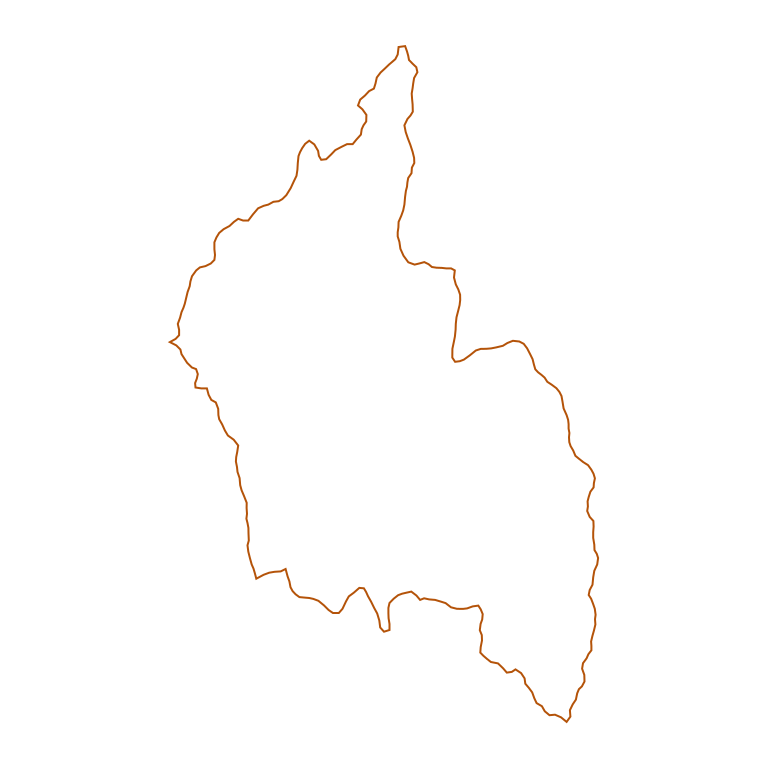 Santo Antônio do Retiro, Minas Gerais, Brazil
{"feature_id": "56859067B81000561120101", "entity_name": "Santo Antônio do Retiro", "entity_type": "district", "adm_level": 2, "iso_a3": "BRA", "parent_name": "Brazil", "parent_adm1": "Minas Gerais", "projection": "mercator", "projection_center": [-42.654, -15.266], "detail": "fine", "context": "isolated", "style": "outline", "palette": "amber", "viewbox_px": 768, "rotation_deg": 0, "n_neighbors": 0, "source": "geoboundaries", "source_scale": "gbopen_adm2", "svg_char_len": 4543}
<svg xmlns="http://www.w3.org/2000/svg" viewBox="0 0 768 768"><path d="M223.6,229.2L219.2,232.9L216.4,237.5L214.4,242.3L214.4,249.2L215.0,255.0L214.4,259.9L210.8,263.5L205.5,266.1L199.9,267.4L196.2,270.4L192.0,276.2L190.4,281.5L189.7,286.2L187.6,292.0L186.0,298.7L184.8,303.7L183.5,307.6L181.5,312.2L180.1,317.6L177.8,323.9L179.1,329.8L179.1,335.2L175.6,338.9L169.9,342.1L176.3,345.4L180.4,349.5L181.5,354.1L183.8,357.7L187.1,362.8L191.9,367.5L196.1,369.1L197.8,374.1L196.8,378.7L195.1,383.1L195.5,387.5L201.3,388.4L206.9,388.4L208.6,394.8L211.3,399.9L215.8,402.4L218.2,408.8L218.4,415.1L219.2,419.2L222.2,424.5L224.9,430.5L227.9,435.5L233.7,439.7L238.2,445.5L237.2,452.1L236.2,457.1L235.9,461.5L237.0,467.1L237.5,471.9L239.6,478.1L240.2,485.2L241.6,490.3L244.1,496.2L246.7,502.8L246.6,508.0L247.0,513.8L246.4,518.7L247.5,523.0L248.4,527.9L248.5,533.2L248.8,540.5L247.5,545.3L248.3,551.6L249.9,558.0L251.7,564.5L253.5,568.6L254.9,573.4L256.3,578.7L263.6,574.8L269.2,572.7L274.5,571.8L280.7,571.4L285.6,569.0L287.6,576.4L289.4,581.4L290.5,587.2L292.6,591.1L295.6,594.3L299.4,597.1L304.7,597.6L309.3,598.0L313.3,598.9L318.4,600.8L324.0,605.4L328.6,610.0L332.9,613.0L338.8,613.0L342.5,608.8L346.0,601.4L348.8,596.4L353.8,592.7L359.3,587.9L363.9,588.3L366.1,592.0L368.0,596.2L371.1,601.7L374.2,608.0L377.2,613.5L379.3,620.5L380.2,627.5L384.0,631.7L389.5,630.0L389.5,624.0L388.6,618.3L388.4,613.3L388.4,607.9L389.5,603.0L393.7,598.7L398.1,595.2L402.1,593.7L406.4,592.7L411.3,591.6L416.4,595.5L420.1,599.9L424.1,598.3L429.2,599.4L435.1,599.9L440.5,601.5L445.6,603.1L451.0,607.3L456.9,608.8L462.9,608.9L467.1,608.4L472.7,606.4L478.3,605.6L480.7,609.3L482.7,614.1L482.2,619.5L480.6,623.9L479.8,630.2L481.8,635.1L482.0,640.4L480.7,647.1L480.3,652.6L483.4,655.8L487.1,659.0L490.9,662.0L498.0,663.4L503.1,668.3L506.8,672.6L511.8,671.9L515.5,669.4L521.1,673.1L524.6,678.4L525.3,683.7L528.8,687.8L532.2,692.4L534.3,698.2L536.6,703.1L541.9,706.2L544.8,711.3L549.5,715.2L555.0,714.7L561.0,717.3L566.6,721.9L570.4,716.6L569.9,710.2L572.7,704.4L575.9,699.6L577.2,693.3L578.9,689.2L581.9,686.4L584.5,681.5L584.3,674.9L582.1,668.7L583.0,663.2L586.6,658.3L588.4,654.2L591.4,650.3L591.4,645.9L591.1,641.5L592.4,636.0L593.9,630.7L595.4,624.5L595.0,619.2L595.6,614.8L594.8,608.8L593.0,603.6L591.1,598.7L588.7,595.0L589.7,590.0L592.5,584.7L593.2,577.3L594.3,570.8L597.2,564.5L598.1,558.0L596.8,553.9L594.5,550.1L594.3,544.7L593.2,537.9L593.2,532.2L593.6,526.5L593.4,521.0L589.7,516.9L587.2,511.0L587.9,506.5L587.6,501.3L588.7,497.0L590.4,491.7L593.6,487.4L593.9,483.1L594.9,478.3L593.5,473.7L591.4,469.8L588.1,465.2L583.2,462.1L578.8,458.6L575.4,455.8L573.2,450.5L570.6,446.1L569.3,442.2L569.0,437.3L569.4,433.0L568.6,428.6L568.6,424.1L568.1,419.8L566.6,415.1L563.6,408.4L562.5,401.6L561.5,396.0L559.4,391.9L556.4,388.2L551.7,384.7L547.3,381.8L544.6,377.6L541.5,374.9L538.1,372.3L535.3,369.3L533.9,364.5L532.6,359.2L530.2,354.3L527.1,348.3L523.7,343.8L519.3,341.5L512.9,340.8L507.4,343.0L502.9,345.8L496.2,347.4L491.1,348.4L486.3,348.8L480.7,348.9L475.8,350.5L470.0,355.2L463.9,359.6L459.8,361.2L455.1,361.8L452.3,357.6L452.4,348.8L453.8,342.1L454.9,336.6L455.6,329.7L455.8,323.8L456.5,317.3L458.1,311.1L459.6,305.1L460.2,300.0L460.1,294.7L458.3,289.4L455.8,284.4L454.0,277.5L454.8,270.4L451.1,268.4L446.3,268.4L441.8,267.9L436.5,267.7L431.9,267.0L428.6,264.2L424.3,262.1L419.2,263.5L414.6,264.6L408.3,262.3L403.5,255.7L400.4,248.8L399.4,241.9L397.7,236.4L397.7,232.2L398.4,227.4L398.6,221.9L401.3,215.7L403.2,210.4L404.4,204.6L405.1,196.8L405.9,190.9L407.0,186.7L407.4,182.4L408.2,178.0L411.5,173.2L411.9,167.6L414.3,163.0L414.1,157.9L412.6,151.8L410.3,144.7L407.9,138.5L405.7,132.0L404.4,125.3L407.5,118.9L410.5,115.5L412.8,111.7L412.6,104.4L412.1,99.1L411.7,93.6L412.6,88.1L413.2,83.5L414.1,78.0L417.4,72.2L416.3,67.2L412.6,63.7L409.0,60.0L408.2,55.7L407.0,51.4L405.1,46.1L398.6,47.0L397.7,54.5L395.3,59.2L389.2,64.4L384.6,68.8L380.6,72.5L376.8,77.5L375.5,83.5L373.9,88.6L369.1,91.1L365.0,95.5L360.2,99.6L358.0,105.5L362.4,109.3L366.4,114.9L366.2,121.5L363.5,125.3L361.7,129.2L360.9,134.6L356.4,139.6L352.7,144.1L347.1,144.1L341.8,146.7L335.3,150.1L331.3,154.3L326.2,159.2L321.2,159.8L318.9,155.9L318.1,150.9L314.3,144.4L309.2,140.7L305.2,143.8L302.2,148.1L300.0,152.2L298.5,156.1L297.8,163.0L297.4,169.8L296.5,175.8L293.8,181.4L290.7,188.1L286.3,195.2L282.3,199.1L278.7,201.2L273.4,201.8L268.3,204.6L263.7,205.8L258.1,208.3L253.0,214.3L248.3,220.5L243.0,220.5L238.2,218.8L233.9,221.9L229.5,226.0L223.6,229.2Z" fill="none" stroke="#b45309" stroke-width="2"/></svg>